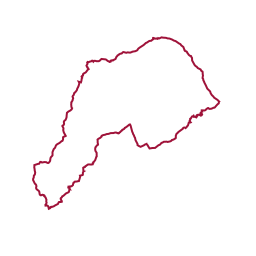 Vatra Moldovitei, Suceava, Romania (Mercator projection), rotated 193°
{"feature_id": "2599482B26946498841752", "entity_name": "Vatra Moldovitei", "entity_type": "district", "adm_level": 2, "iso_a3": "ROU", "parent_name": "Romania", "parent_adm1": "Suceava", "projection": "mercator", "projection_center": [25.558, 47.669], "detail": "fine", "context": "isolated", "style": "outline", "palette": "rose", "viewbox_px": 256, "rotation_deg": 193, "n_neighbors": 0, "source": "geoboundaries", "source_scale": "gbopen_adm2", "svg_char_len": 5857}
<svg xmlns="http://www.w3.org/2000/svg" viewBox="0 0 256 256"><g transform="rotate(193 128 128)"><path d="M115.6,223.9L117.9,222.2L118.9,222.4L119.2,221.6L119.5,221.4L120.3,221.7L121.4,221.2L123.4,221.5L123.8,221.4L123.8,221.2L123.7,220.9L123.0,220.6L124.5,219.0L124.9,218.3L126.8,217.6L129.0,215.3L129.7,214.9L131.4,212.4L134.6,209.1L135.7,207.8L136.1,207.0L136.3,206.2L136.5,205.8L138.1,204.5L141.0,203.3L141.5,202.7L142.2,202.4L142.9,201.9L145.4,201.6L146.6,200.9L149.4,201.0L150.1,200.6L150.9,199.2L152.3,198.6L153.4,197.6L153.5,197.2L153.9,197.0L154.2,196.5L154.6,196.2L154.8,195.4L155.3,194.7L155.7,192.4L157.2,191.2L157.6,190.6L158.2,190.6L158.5,190.2L159.2,190.2L159.7,190.0L159.9,189.7L159.8,189.0L160.3,188.9L160.4,188.4L160.9,188.2L161.6,188.6L162.6,188.7L163.4,189.0L164.4,189.6L165.2,189.8L169.4,189.3L170.8,187.1L171.6,186.5L173.7,186.0L174.6,186.1L175.9,185.9L176.3,185.6L176.7,184.8L177.6,185.6L178.2,185.5L179.1,184.5L179.8,184.3L181.4,183.2L182.2,183.3L182.4,182.8L182.5,182.6L181.9,181.4L182.5,179.4L181.3,177.9L181.1,178.0L180.8,177.5L180.2,177.2L179.6,176.5L180.3,175.8L181.6,172.8L182.5,171.9L183.2,171.4L183.8,170.6L183.7,170.3L183.9,170.0L183.7,169.5L183.8,168.7L184.6,168.2L184.8,167.6L183.9,166.6L184.2,166.0L184.0,163.2L184.1,162.8L184.1,161.9L186.4,162.0L185.8,161.3L185.5,160.6L185.5,159.7L185.6,157.7L185.8,157.4L185.8,156.5L186.3,155.1L186.3,153.9L186.4,153.3L187.2,151.4L187.6,151.0L187.8,150.3L188.3,149.9L188.3,148.1L188.9,147.0L189.1,146.2L188.9,145.7L188.4,145.2L188.1,144.5L188.3,143.3L188.2,142.3L189.0,140.3L188.8,140.1L188.7,138.4L187.9,135.9L187.3,134.9L186.9,134.7L187.1,133.5L188.1,132.1L189.8,130.6L190.9,129.1L190.5,125.6L190.3,125.0L190.4,123.1L190.8,121.6L191.6,120.8L191.9,119.5L191.2,117.6L191.3,116.9L191.5,116.3L192.4,115.5L192.4,115.1L191.0,113.5L190.7,112.7L190.7,111.5L190.0,110.1L189.5,109.2L186.9,106.3L187.8,105.5L188.7,105.0L189.2,104.4L188.7,102.2L189.0,100.7L189.7,100.3L191.3,98.1L193.5,96.1L194.3,94.8L194.6,92.4L195.6,90.8L196.1,87.8L196.1,87.3L195.4,84.5L195.5,84.0L196.4,82.5L196.7,81.7L196.7,80.5L196.5,78.5L196.7,77.7L197.5,76.2L198.0,75.9L198.8,75.9L200.0,76.3L201.8,76.0L204.1,75.0L205.1,75.4L205.6,75.3L205.9,75.2L206.5,73.2L207.6,72.8L210.9,70.8L210.6,69.6L210.5,68.6L209.7,66.8L209.5,66.0L208.4,63.7L208.3,61.6L208.9,60.7L209.0,60.4L208.7,58.5L209.0,57.3L208.8,56.0L206.2,52.8L205.3,52.4L204.6,51.7L204.1,50.6L204.2,49.6L203.8,48.3L202.9,47.6L200.9,46.7L200.2,46.1L199.1,43.5L198.9,43.2L197.8,42.8L197.5,42.9L197.2,43.2L196.6,43.5L196.4,43.7L194.9,43.7L194.3,43.4L194.5,42.9L192.7,41.8L192.1,40.8L191.4,39.9L191.1,37.9L190.5,36.9L190.8,35.4L191.2,34.6L190.9,33.8L189.4,34.3L188.6,34.1L187.7,33.0L187.0,31.5L186.3,32.0L185.8,32.5L185.6,33.0L185.8,33.4L185.6,33.6L185.0,34.0L184.5,33.9L182.6,35.1L181.6,36.2L179.2,38.2L178.8,40.1L178.5,40.4L176.8,40.8L175.9,41.3L176.2,42.1L176.9,42.6L177.1,43.1L177.7,43.8L177.7,44.5L176.9,45.5L176.7,46.6L175.7,47.4L173.7,50.3L171.4,52.1L171.2,52.9L171.2,54.1L171.4,55.3L171.0,55.3L171.2,55.5L171.3,56.2L172.7,56.5L172.6,56.9L172.8,57.5L169.8,58.6L168.8,60.0L168.9,60.8L168.8,62.4L168.2,62.8L168.0,63.6L167.7,63.8L165.7,64.4L164.9,64.9L163.9,65.2L163.7,68.5L163.7,70.4L164.0,70.8L161.6,72.0L161.5,72.4L161.9,74.3L161.7,75.5L161.4,75.8L161.7,75.8L161.8,76.1L162.7,79.2L162.2,79.8L161.3,80.2L161.1,80.4L161.0,81.1L160.4,81.5L160.3,81.8L158.7,83.5L155.3,84.2L154.2,84.7L154.4,85.5L154.1,85.8L154.3,86.1L154.0,86.5L154.1,86.9L153.6,87.4L152.7,89.5L152.4,92.8L152.1,93.2L153.0,96.8L154.6,98.4L155.1,99.6L155.4,101.0L155.3,102.1L154.9,102.6L154.5,103.9L153.5,104.9L153.5,105.3L154.3,107.0L154.7,108.8L155.1,109.8L154.9,110.2L154.2,111.0L152.7,112.3L152.3,113.1L151.9,113.5L151.8,113.8L151.9,114.5L150.6,115.5L148.6,116.4L147.6,117.2L145.6,117.9L143.8,119.1L141.1,119.8L139.5,120.7L138.3,120.9L137.2,120.6L137.0,120.8L136.2,120.7L136.2,120.9L135.4,121.2L135.2,121.9L134.6,122.3L134.2,123.3L133.6,123.8L133.4,124.3L132.9,124.9L133.0,125.1L131.6,126.2L131.3,126.8L131.2,127.4L130.6,127.8L129.5,129.0L127.4,131.7L126.8,131.9L126.0,130.9L123.1,125.4L122.1,124.1L121.6,123.2L120.5,122.1L119.9,121.0L119.0,120.1L117.9,117.8L115.4,114.9L115.1,114.5L114.9,113.5L113.7,113.0L111.5,112.5L108.5,114.8L108.0,115.5L106.5,116.6L106.4,116.3L105.6,116.1L105.0,115.6L104.0,114.5L102.4,112.9L99.7,114.0L97.1,114.7L94.4,118.1L93.3,118.8L92.9,119.3L92.3,120.6L91.8,121.2L91.1,121.5L90.1,122.6L87.2,123.4L86.3,123.3L83.8,124.5L82.9,125.3L82.6,126.1L81.0,127.0L79.9,128.2L79.5,128.4L79.2,128.9L79.3,129.7L79.7,131.2L79.4,133.3L78.5,134.4L78.1,135.3L74.4,139.6L74.2,140.5L73.4,141.1L72.3,141.2L71.9,140.9L71.4,141.5L71.1,142.0L70.8,143.0L70.5,143.3L70.1,144.3L70.0,147.0L68.6,147.3L68.2,147.6L68.9,148.1L69.6,149.2L69.2,150.1L69.5,151.0L68.9,151.6L68.2,153.6L67.4,154.0L66.9,154.7L66.2,153.7L65.6,154.0L63.8,153.7L63.5,154.6L63.5,154.8L63.4,155.0L63.7,155.1L64.0,155.4L63.7,156.1L63.3,156.4L62.9,156.3L62.3,156.8L61.1,156.8L59.8,156.4L59.1,157.0L58.8,157.9L59.1,158.3L59.4,158.5L60.7,158.6L60.7,159.0L60.0,159.6L60.1,160.1L59.9,160.8L60.0,161.2L59.5,161.1L59.7,161.9L57.3,162.3L56.5,162.9L56.0,163.9L54.8,165.3L54.2,165.5L53.1,164.9L51.4,165.4L50.0,166.3L49.3,167.0L48.3,167.3L47.9,167.8L47.5,168.7L46.0,171.4L45.3,172.1L45.1,172.7L45.4,174.1L45.2,174.3L47.1,175.5L51.0,177.0L51.8,177.8L53.8,179.0L55.3,180.5L56.2,182.1L59.6,184.2L61.8,187.1L64.1,189.8L64.3,190.4L65.2,191.2L65.8,192.7L66.6,193.4L66.8,196.2L67.2,196.9L67.9,199.4L68.2,199.8L69.3,200.1L70.5,201.4L73.5,202.1L74.9,203.2L76.0,203.5L77.3,204.4L80.7,208.2L81.4,210.7L82.3,211.5L82.6,212.1L82.8,212.3L84.0,212.3L85.3,213.0L86.7,214.3L87.3,214.7L87.5,215.2L88.0,215.6L88.5,215.8L89.6,215.8L90.4,216.4L90.4,216.8L90.9,217.3L92.3,219.4L94.7,220.5L95.8,221.5L97.2,221.8L101.2,223.4L103.0,223.5L104.9,224.1L107.8,224.5L109.4,224.2L111.3,224.4L114.3,223.9L115.6,223.9Z" fill="none" stroke="#9f1239" stroke-width="2"/></g></svg>